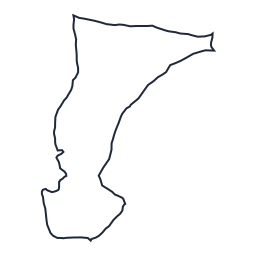 the district of Yagba East, Kogi, Nigeria
{"feature_id": "59680162B47068494760958", "entity_name": "Yagba East", "entity_type": "district", "adm_level": 2, "iso_a3": "NGA", "parent_name": "Nigeria", "parent_adm1": "Kogi", "projection": "orthographic", "projection_center": [5.772, 8.137], "detail": "fine", "context": "isolated", "style": "outline", "palette": "slate", "viewbox_px": 256, "rotation_deg": 0, "n_neighbors": 0, "source": "geoboundaries", "source_scale": "gbopen_adm2", "svg_char_len": 2101}
<svg xmlns="http://www.w3.org/2000/svg" viewBox="0 0 256 256"><path d="M73.4,15.4L74.1,19.3L73.5,24.5L73.5,28.6L75.2,35.0L76.1,39.3L75.8,45.1L76.4,50.9L76.7,55.3L76.7,60.5L77.2,63.7L78.1,68.0L78.1,72.4L75.5,77.6L72.9,80.2L72.4,85.9L72.4,86.0L71.2,89.8L66.6,97.6L64.0,100.5L62.8,102.5L60.9,105.7L58.0,109.8L55.4,117.0L55.1,123.4L55.1,127.2L54.3,130.4L54.2,130.6L54.0,133.6L55.1,138.5L55.1,141.7L55.4,144.3L57.7,150.5L59.6,150.3L62.1,150.2L63.4,151.9L61.3,153.9L58.5,155.2L57.5,155.8L56.4,157.6L57.5,159.6L58.9,162.2L59.6,165.2L60.2,168.4L62.2,169.9L64.3,171.4L66.1,173.8L66.3,176.0L64.6,176.7L62.4,178.9L60.2,180.1L59.8,181.2L59.1,181.8L59.1,186.1L58.9,188.9L58.3,190.0L55.8,191.1L54.4,191.6L51.8,192.1L47.3,190.3L45.7,188.9L42.8,189.8L41.9,191.6L41.9,194.0L43.0,197.2L43.7,203.0L45.3,208.6L46.1,216.2L46.6,220.9L47.2,224.8L50.0,231.7L50.4,232.8L53.0,235.7L57.3,237.9L62.2,238.0L62.8,238.2L63.0,238.3L66.4,237.8L73.5,237.5L81.2,237.4L87.8,238.0L90.7,240.6L91.3,239.1L95.6,237.7L98.8,235.9L102.5,232.5L105.6,228.7L109.1,226.1L113.4,220.0L116.9,216.5L120.0,213.9L122.3,210.7L122.9,206.7L123.0,206.5L124.3,204.4L124.8,204.2L125.0,204.0L125.2,203.9L123.5,199.4L122.6,198.0L121.2,197.3L118.3,195.9L114.8,194.5L112.4,192.0L112.3,191.9L107.4,188.7L105.9,187.8L102.2,185.5L100.2,178.8L98.8,175.9L98.7,175.7L103.2,167.7L109.2,159.0L110.7,153.0L111.5,149.7L111.6,143.3L112.9,139.3L114.3,134.2L115.9,129.6L118.7,122.8L120.8,116.9L122.1,114.0L126.4,108.4L128.1,107.4L129.9,106.4L130.7,104.8L133.1,102.9L138.5,98.4L140.7,95.3L144.0,90.6L148.0,85.0L153.6,81.1L157.9,77.2L161.8,75.0L166.0,72.2L170.2,65.1L175.5,63.1L180.3,61.0L186.6,57.6L193.2,53.8L195.6,53.1L200.9,51.5L203.1,50.9L205.5,50.3L214.1,50.6L211.5,47.1L210.9,45.1L211.2,42.2L212.4,37.5L212.6,33.5L212.2,33.8L210.9,34.9L204.6,36.4L197.7,36.7L190.6,34.9L188.3,34.1L180.2,33.5L175.9,32.3L168.2,31.2L164.0,30.0L163.3,29.7L157.0,27.7L152.4,25.7L147.2,26.0L142.4,26.0L136.1,26.0L130.3,26.3L123.1,24.8L119.4,24.5L114.8,25.1L109.7,24.5L106.8,24.2L101.1,22.5L94.7,20.8L84.4,18.7L81.9,18.3L79.3,17.9L73.4,15.4Z" fill="none" stroke="#1e293b" stroke-width="2"/></svg>